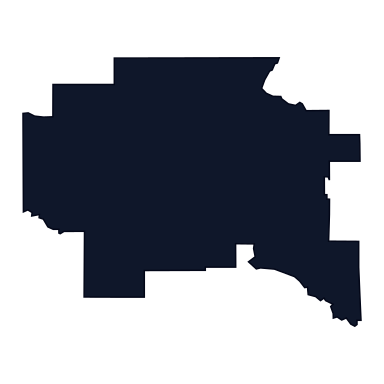 the district of Cascade, Montana, United States of America
{"feature_id": "52423323B67185663060942", "entity_name": "Cascade", "entity_type": "district", "adm_level": 2, "iso_a3": "USA", "parent_name": "United States of America", "parent_adm1": "Montana", "projection": "natural_earth1", "projection_center": [-111.168, 47.258], "detail": "fine", "context": "isolated", "style": "filled", "palette": "ink", "viewbox_px": 384, "rotation_deg": 0, "n_neighbors": 0, "source": "geoboundaries", "source_scale": "gbopen_adm2", "svg_char_len": 1235}
<svg xmlns="http://www.w3.org/2000/svg" viewBox="0 0 384 384"><path d="M115.8,297.1L144.3,297.1L144.3,270.5L205.3,270.3L205.3,267.1L235.7,267.1L235.6,243.7L254.3,243.9L253.6,248.5L255.2,256.8L248.5,261.8L256.3,268.9L260.5,267.9L274.5,269.1L294.5,276.6L299.7,281.1L304.7,287.6L307.5,287.1L308.2,294.6L315.7,296.6L320.5,300.6L324.0,298.1L325.6,300.6L333.0,304.2L330.7,306.5L333.2,313.5L333.3,318.1L337.1,316.9L341.7,320.0L346.3,318.0L350.8,324.1L354.8,326.2L357.0,324.5L357.0,320.3L361.0,320.3L359.8,293.9L358.7,267.4L358.7,241.4L328.6,241.2L329.4,214.6L329.5,199.2L326.9,199.1L326.9,194.7L324.4,194.7L324.3,176.8L328.1,176.8L329.4,180.1L329.3,161.2L360.0,161.2L359.8,143.7L359.5,134.7L328.8,134.7L328.9,110.5L306.1,110.7L302.3,103.9L299.8,102.4L295.6,105.4L288.4,103.9L281.8,98.9L280.8,96.5L272.9,96.3L266.3,93.3L261.6,88.4L264.7,79.8L269.6,71.1L272.2,70.0L274.8,63.8L277.4,63.0L279.2,57.8L175.9,58.0L119.3,58.1L114.3,58.1L114.3,84.5L53.0,84.5L52.9,116.8L43.5,117.1L34.6,116.1L28.2,112.9L23.0,113.4L23.4,211.9L27.8,209.9L32.1,212.5L31.7,216.0L39.4,214.5L39.1,217.7L43.3,219.1L47.9,226.9L53.2,229.3L58.9,229.3L58.9,233.1L60.2,233.7L64.0,231.4L84.5,231.3L84.1,297.0L115.8,297.1Z" fill="#0f172a" stroke="#020617" stroke-width="1.5"/></svg>